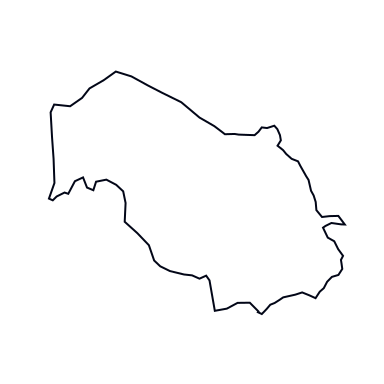 Pano Archimandrita, Paphos, Cyprus (Equal Earth projection), rotated 76°
{"feature_id": "46923920B12228017617298", "entity_name": "Pano Archimandrita", "entity_type": "district", "adm_level": 2, "iso_a3": "CYP", "parent_name": "Cyprus", "parent_adm1": "Paphos", "projection": "equal_earth", "projection_center": [32.671, 34.738], "detail": "fine", "context": "isolated", "style": "outline", "palette": "ink", "viewbox_px": 384, "rotation_deg": 76, "n_neighbors": 0, "source": "geoboundaries", "source_scale": "gbopen_adm2", "svg_char_len": 1412}
<svg xmlns="http://www.w3.org/2000/svg" viewBox="0 0 384 384"><g transform="rotate(76 192 192)"><path d="M163.8,332.4L166.4,329.1L163.6,324.4L161.7,315.8L163.8,312.5L153.2,303.0L151.5,294.2L162.3,292.8L166.4,287.3L158.8,282.6L159.3,272.1L166.7,263.8L174.7,258.6L186.6,259.1L204.6,264.5L218.7,255.0L233.2,246.7L249.3,245.3L256.4,240.8L261.2,235.1L263.4,232.5L270.1,219.7L272.9,212.1L277.9,205.7L276.6,198.5L282.0,196.4L312.8,198.6L313.6,186.4L310.6,174.6L313.4,162.7L324.0,156.4L324.6,157.1L326.6,154.6L327.3,153.8L325.2,150.4L323.4,147.6L320.3,143.3L319.7,138.7L317.9,133.3L316.3,129.0L316.6,116.6L316.1,109.4L320.6,103.2L324.9,97.8L319.6,92.1L317.2,87.4L311.8,82.6L308.2,76.8L307.9,70.0L303.0,64.8L297.4,64.2L293.9,63.9L292.8,62.9L290.5,60.9L282.8,64.0L274.2,65.9L269.1,71.3L258.3,73.5L257.2,70.6L255.8,64.2L259.5,55.1L260.5,51.6L250.6,55.8L248.7,64.3L247.7,71.9L239.7,75.7L231.6,74.4L224.8,74.8L219.6,76.2L208.5,76.0L204.3,77.4L192.7,80.6L187.9,81.7L183.9,87.3L177.9,91.4L173.4,93.5L167.8,97.8L163.4,93.3L158.1,92.9L151.6,94.0L147.6,96.1L148.1,103.7L146.2,108.7L149.6,112.9L152.0,117.5L149.8,125.2L147.6,132.8L146.0,136.6L143.9,146.1L141.7,147.8L133.5,154.4L121.6,166.7L102.3,180.7L88.6,196.9L77.8,209.2L65.2,222.8L60.7,230.2L56.7,236.8L62.1,250.5L66.7,266.4L74.1,275.9L79.3,289.5L73.8,304.6L80.5,309.9L104.7,314.5L126.4,318.3L150.0,323.3L163.8,332.4Z" fill="none" stroke="#020617" stroke-width="2"/></g></svg>